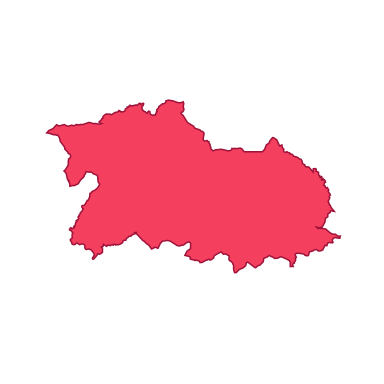 Axutla, Puebla, Mexico (Robinson projection), rotated 282°
{"feature_id": "50627088B68162704066779", "entity_name": "Axutla", "entity_type": "district", "adm_level": 2, "iso_a3": "MEX", "parent_name": "Mexico", "parent_adm1": "Puebla", "projection": "robinson", "projection_center": [-98.393, 18.185], "detail": "fine", "context": "isolated", "style": "filled", "palette": "rose", "viewbox_px": 384, "rotation_deg": 282, "n_neighbors": 0, "source": "geoboundaries", "source_scale": "gbopen_adm2", "svg_char_len": 6032}
<svg xmlns="http://www.w3.org/2000/svg" viewBox="0 0 384 384"><g transform="rotate(282 192 192)"><path d="M256.7,270.1L255.3,268.1L260.6,264.1L262.1,260.5L262.0,259.5L258.1,257.5L255.7,257.1L253.7,255.0L248.7,254.1L246.0,252.5L242.2,234.7L244.7,231.7L245.0,230.0L243.5,226.0L243.7,225.0L243.0,223.5L243.0,222.0L241.4,221.9L240.5,220.9L239.8,218.6L239.9,211.8L238.2,206.3L236.6,204.0L238.1,201.5L239.9,201.0L241.0,200.0L242.4,199.8L243.5,198.4L244.8,198.1L244.8,196.6L245.5,196.1L244.4,194.0L245.0,192.5L246.5,191.8L251.5,191.7L252.8,190.9L253.4,189.6L253.5,187.7L254.4,186.9L254.9,182.1L255.3,181.1L256.6,180.1L259.0,173.2L265.2,167.2L266.2,165.2L267.7,165.0L268.4,166.3L270.5,167.0L272.1,166.6L273.1,165.8L277.0,165.5L278.4,164.6L277.1,162.8L276.5,159.8L277.2,154.3L277.0,150.1L275.9,147.6L274.5,147.7L273.6,147.2L272.6,146.3L272.1,144.7L268.5,141.7L267.3,141.8L265.2,140.4L263.6,141.0L263.3,140.6L262.1,140.8L261.5,140.3L259.4,140.1L259.4,138.5L258.8,137.8L259.4,135.2L260.4,134.5L261.7,134.2L262.2,133.0L261.0,132.1L259.9,132.0L259.5,131.4L260.9,129.5L261.0,127.7L263.1,125.8L264.6,125.4L265.7,125.3L266.1,126.1L268.2,126.5L268.7,125.7L267.1,123.5L268.0,122.7L267.4,121.7L265.4,120.5L265.6,119.1L265.1,118.7L264.4,116.5L263.9,116.3L263.7,114.2L264.0,113.3L262.9,113.2L262.7,112.2L262.0,112.1L261.6,111.0L261.1,111.5L259.2,109.5L257.4,109.6L256.1,108.0L255.6,105.7L256.4,104.7L256.6,103.6L256.4,103.4L255.7,103.7L254.0,101.1L253.9,100.2L250.8,97.2L251.2,95.2L250.6,94.2L250.7,92.6L250.1,91.4L248.0,89.6L247.0,89.2L245.8,89.6L245.0,88.6L243.7,88.3L241.2,86.5L241.0,87.3L240.1,87.9L240.1,89.2L239.6,88.4L239.0,86.7L238.9,82.8L238.4,81.8L238.7,76.9L235.3,71.2L234.9,68.8L234.3,67.9L233.9,64.6L232.6,63.5L232.2,62.0L232.4,60.3L231.0,58.2L230.5,56.6L231.4,53.0L228.9,48.1L229.7,45.6L225.1,42.9L222.4,39.2L219.6,37.6L219.7,40.3L219.2,45.0L219.7,46.8L219.3,47.5L219.8,48.3L219.4,49.3L217.2,51.3L214.1,52.6L209.9,57.5L208.5,58.5L207.6,58.6L204.9,62.5L203.9,62.9L203.6,64.9L201.6,65.9L199.4,65.5L198.7,64.4L195.3,64.7L194.3,65.2L191.8,65.1L187.7,63.6L186.0,62.4L184.0,65.1L178.4,67.6L178.2,68.3L177.5,68.5L177.3,69.4L176.7,69.1L174.8,70.6L172.2,71.4L173.4,73.6L173.8,75.6L176.4,79.0L180.5,80.4L183.3,82.5L185.3,83.3L185.9,83.1L187.8,84.0L189.8,84.1L190.1,87.7L190.7,89.5L189.3,91.6L188.6,96.1L182.3,98.1L180.4,100.1L176.3,98.8L173.2,96.3L171.9,94.3L169.9,93.3L169.4,92.4L166.6,92.9L162.9,92.4L162.4,92.2L162.1,91.3L157.0,89.7L156.4,89.2L156.2,88.0L155.3,87.1L154.1,87.5L152.8,89.1L152.5,88.7L151.0,88.7L148.5,87.1L147.3,87.2L146.0,86.3L144.9,86.5L143.9,85.7L142.7,86.6L141.5,86.4L140.0,84.7L139.2,85.4L138.2,84.6L135.1,84.6L133.9,83.6L133.4,84.5L132.4,84.1L132.3,83.4L131.4,82.7L131.1,81.8L131.8,81.3L131.8,80.7L129.9,79.9L129.4,80.1L129.0,81.8L127.5,83.8L127.0,83.4L125.9,83.9L125.2,83.6L122.0,84.4L120.4,82.9L119.8,82.9L119.1,83.2L118.2,84.5L116.4,85.3L115.9,86.2L116.0,87.6L116.3,88.5L117.9,89.4L118.2,90.2L117.1,93.0L118.2,94.8L118.5,96.2L118.2,97.2L117.0,98.6L115.1,98.7L114.0,99.8L113.8,100.8L114.8,102.7L114.4,105.4L112.0,108.4L110.2,109.6L107.1,108.5L106.1,108.5L105.6,109.0L106.1,109.9L110.3,112.2L111.9,112.5L111.9,114.6L114.3,117.0L118.5,116.1L119.3,114.8L120.6,116.4L122.3,116.3L121.1,119.9L122.7,120.9L122.5,123.1L123.4,123.9L123.7,126.1L124.9,126.4L124.2,128.5L125.1,129.4L124.9,130.6L126.2,132.8L128.1,134.7L129.5,134.6L130.4,135.1L131.0,137.3L133.0,137.6L134.3,138.9L135.4,139.3L136.1,141.4L138.2,142.8L138.4,143.9L140.1,144.2L140.7,144.9L140.9,145.9L139.5,145.3L139.3,147.0L134.2,154.1L133.8,155.6L131.8,158.6L131.2,160.6L127.8,164.3L129.4,166.4L130.1,166.7L130.3,169.3L129.7,170.1L130.0,170.5L134.7,171.6L137.3,172.9L137.9,173.7L139.5,178.1L139.5,180.8L136.6,188.4L136.5,190.5L138.5,194.9L141.2,197.1L142.6,199.2L142.1,200.7L141.4,201.4L136.3,202.3L133.0,199.4L128.5,198.2L128.4,202.2L127.9,203.8L126.0,204.3L126.1,205.3L125.8,206.0L126.1,207.9L125.5,208.9L126.2,210.4L126.0,213.3L124.6,214.6L125.3,216.7L128.4,220.1L128.4,220.8L129.7,222.3L129.2,223.7L129.4,224.5L131.8,226.8L133.9,226.9L135.1,227.8L139.1,232.4L139.4,233.3L137.8,235.2L137.7,235.8L138.4,237.6L137.3,241.6L133.7,242.1L132.5,243.3L132.4,244.4L131.2,246.2L128.5,248.1L125.5,248.6L122.8,249.8L122.0,250.5L122.0,251.2L122.6,252.2L126.1,254.4L128.3,257.7L131.0,259.8L133.9,259.9L134.9,260.7L134.5,262.3L131.1,269.3L131.2,270.1L133.3,271.5L134.7,273.7L138.6,276.2L142.0,276.0L144.3,279.4L145.9,280.6L146.0,281.2L145.3,282.5L145.3,283.9L144.2,286.8L145.1,289.6L146.9,291.9L147.2,292.8L146.2,297.9L145.3,301.2L143.4,303.0L142.5,302.9L139.5,303.6L140.2,306.5L141.1,305.7L142.7,305.7L143.8,306.9L144.3,306.5L146.2,307.5L148.0,307.3L148.7,306.8L149.9,307.6L151.9,306.0L153.4,306.4L154.2,308.2L154.6,313.7L154.3,314.8L153.5,315.8L153.6,318.4L154.5,319.2L157.7,319.2L159.7,322.8L160.3,323.0L161.7,325.7L160.5,327.8L161.2,330.1L162.4,331.9L167.6,333.2L167.4,335.0L170.4,335.5L171.0,336.1L171.5,340.0L172.2,340.4L173.4,339.3L175.1,339.4L177.2,341.0L177.3,345.7L177.9,346.4L178.9,345.9L179.7,346.2L179.2,344.0L180.5,340.9L180.0,338.1L180.8,335.6L183.6,330.4L183.3,325.9L182.5,322.6L183.6,321.1L183.4,323.9L184.9,326.7L190.5,328.3L193.7,327.9L196.1,330.0L198.8,329.4L200.6,331.4L202.0,331.2L202.5,331.7L202.6,335.2L205.7,331.4L208.1,329.6L208.6,328.5L209.7,328.4L210.8,327.1L215.0,328.0L215.8,327.2L216.8,327.3L217.8,328.0L219.1,327.1L219.8,325.9L221.2,325.0L222.3,325.4L224.5,323.4L223.7,322.6L224.1,321.8L225.5,321.0L225.9,319.5L229.2,319.8L229.3,320.5L230.6,319.9L231.5,319.0L230.9,317.2L231.6,317.3L230.7,316.5L231.3,316.0L231.8,316.5L234.0,315.7L233.7,315.0L232.8,314.6L233.0,313.9L234.6,313.6L234.6,312.7L235.8,312.0L237.6,311.7L238.1,309.0L239.8,308.9L240.6,308.2L240.0,305.8L236.6,306.3L240.5,301.4L240.8,300.7L240.2,298.2L241.2,296.8L242.0,296.7L242.7,294.3L245.5,293.0L246.7,291.7L246.5,290.9L247.9,287.7L248.1,285.2L248.4,284.9L248.0,285.1L248.0,284.4L249.7,282.2L249.5,280.1L250.0,280.1L250.6,279.3L250.6,277.4L251.2,276.5L250.2,275.1L250.4,273.6L251.2,273.0L252.9,272.9L254.2,271.2L256.7,270.1Z" fill="#f43f5e" stroke="#9f1239" stroke-width="1.5"/></g></svg>